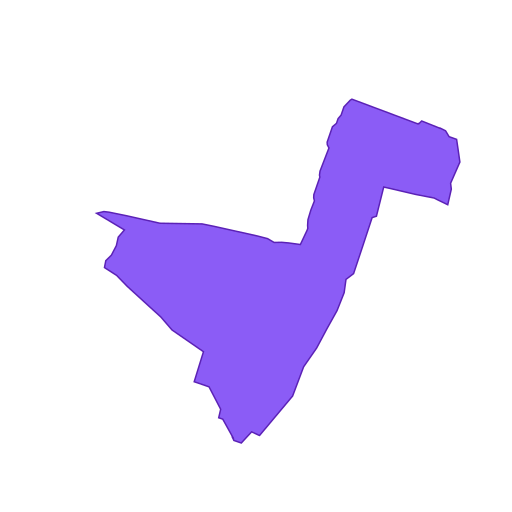 Turkmengala, Mary, Turkmenistan (Albers equal-area conic projection), rotated 199°
{"feature_id": "10190150B49648436133803", "entity_name": "Turkmengala", "entity_type": "district", "adm_level": 2, "iso_a3": "TKM", "parent_name": "Turkmenistan", "parent_adm1": "Mary", "projection": "albers", "projection_center": [62.147, 36.684], "detail": "fine", "context": "isolated", "style": "filled", "palette": "violet", "viewbox_px": 512, "rotation_deg": 199, "n_neighbors": 0, "source": "geoboundaries", "source_scale": "gbopen_adm2", "svg_char_len": 1513}
<svg xmlns="http://www.w3.org/2000/svg" viewBox="0 0 512 512"><g transform="rotate(199 256 256)"><path d="M218.0,75.6L217.1,74.7L216.9,74.4L210.5,74.4L210.2,74.4L209.0,74.4L205.3,82.9L202.9,88.3L195.1,87.5L194.2,87.5L191.4,94.8L176.3,134.2L175.8,135.4L174.9,166.7L174.6,167.8L168.7,188.7L165.2,210.6L161.6,230.7L160.7,250.0L161.4,253.5L163.3,263.2L158.0,271.1L158.3,299.8L158.7,329.5L158.7,330.1L155.8,332.3L155.1,332.8L157.7,362.8L152.3,363.4L133.8,365.3L125.0,366.2L107.9,368.6L106.4,368.8L102.2,368.2L94.5,367.3L93.1,367.1L91.4,366.9L93.1,382.8L94.4,385.5L95.7,388.2L95.6,389.2L93.8,411.2L99.8,422.9L104.3,431.6L112.3,431.7L117.3,435.9L117.6,436.1L121.1,436.6L123.7,436.9L123.8,436.6L124.6,436.7L143.3,437.6L145.1,434.0L145.7,434.1L146.0,433.6L216.4,435.5L217.6,434.0L221.4,425.7L221.4,417.3L221.4,416.9L223.1,412.7L223.1,407.6L225.8,403.1L225.8,386.8L224.8,384.4L222.2,381.9L223.1,357.1L222.3,353.1L221.3,351.4L221.3,348.3L221.3,332.9L220.4,329.8L218.7,327.1L219.1,317.2L218.7,307.3L217.2,301.8L216.0,298.9L216.1,298.0L216.0,297.6L217.3,285.7L217.8,281.3L229.3,279.0L236.2,277.3L243.3,274.7L250.7,276.2L261.0,275.4L305.3,270.4L317.4,268.8L357.5,255.7L391.7,251.9L409.2,249.6L414.3,248.5L420.6,244.5L388.9,237.8L392.4,229.0L391.4,220.3L392.4,213.8L393.0,209.7L396.5,202.7L395.5,195.7L381.5,192.3L367.9,185.4L340.2,173.4L326.2,167.4L311.3,158.7L274.5,148.4L273.5,117.0L257.8,117.0L239.5,99.6L238.6,90.9L234.3,90.9L218.6,76.8L219.1,76.7L218.0,75.6Z" fill="#8b5cf6" stroke="#5b21b6" stroke-width="1.5"/></g></svg>